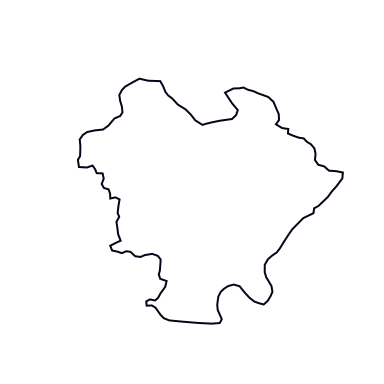 the district of Adolfo, São Paulo, Brazil, rotated 303°
{"feature_id": "56859067B34209687665610", "entity_name": "Adolfo", "entity_type": "district", "adm_level": 2, "iso_a3": "BRA", "parent_name": "Brazil", "parent_adm1": "São Paulo", "projection": "orthographic", "projection_center": [-49.657, -21.281], "detail": "fine", "context": "isolated", "style": "outline", "palette": "ink", "viewbox_px": 384, "rotation_deg": 303, "n_neighbors": 0, "source": "geoboundaries", "source_scale": "gbopen_adm2", "svg_char_len": 2067}
<svg xmlns="http://www.w3.org/2000/svg" viewBox="0 0 384 384"><g transform="rotate(303 192 192)"><path d="M307.6,178.2L304.8,175.3L301.4,170.4L293.3,165.6L288.3,177.1L285.6,185.8L280.5,187.1L275.0,185.8L267.1,176.7L261.2,170.7L257.3,167.0L254.0,164.2L253.9,155.7L256.3,148.7L257.8,141.5L257.6,132.6L259.7,124.3L260.0,119.5L261.4,115.3L264.9,110.3L267.7,105.0L265.2,100.9L261.4,94.5L258.4,86.2L252.4,82.9L248.6,80.9L244.1,78.6L239.4,77.7L233.8,78.2L229.4,82.0L225.5,86.6L221.0,90.3L216.7,90.4L211.4,86.9L202.0,85.7L196.0,83.4L190.6,76.8L185.3,71.5L180.5,69.4L174.9,69.2L170.1,73.1L164.5,76.6L161.1,78.6L156.8,78.8L151.4,83.6L155.3,90.5L160.0,94.2L158.3,98.4L155.9,101.8L158.9,106.9L155.1,110.7L149.5,111.9L147.4,116.0L148.8,120.6L145.9,124.3L142.0,127.0L145.8,130.7L146.3,135.3L139.8,138.1L133.9,141.1L131.5,144.5L125.8,144.9L121.3,148.9L116.4,153.0L112.3,158.7L108.5,156.2L102.4,152.7L99.4,156.9L101.3,161.7L102.5,166.5L106.5,169.1L108.3,173.0L107.2,179.4L109.5,184.2L113.4,186.8L118.5,192.4L119.8,198.2L118.3,202.5L114.2,204.8L108.7,207.8L104.8,209.0L101.9,212.6L103.5,219.2L97.8,221.2L90.1,220.8L84.7,221.2L80.9,220.1L79.0,215.2L75.3,213.2L72.0,215.9L75.0,220.2L75.1,224.4L71.9,232.4L70.8,237.0L71.9,242.8L78.1,254.7L85.6,268.6L92.3,280.2L97.2,286.6L101.5,286.3L107.1,277.8L111.1,274.6L118.7,271.0L124.1,270.5L128.4,271.6L132.7,273.5L137.1,277.4L138.9,283.2L136.1,291.9L134.6,298.0L134.1,304.0L135.1,308.4L136.7,313.4L142.1,314.8L147.4,314.6L152.0,313.9L156.4,309.9L161.0,300.6L164.3,296.7L170.5,292.7L177.0,292.3L182.5,293.9L187.5,296.0L192.3,296.4L201.0,296.2L208.8,296.2L215.4,296.4L230.6,299.5L240.4,305.4L244.9,303.3L249.0,305.6L261.6,308.6L268.7,309.0L275.2,310.0L285.3,310.7L290.5,307.9L287.9,301.4L284.5,295.3L285.5,288.9L283.6,283.1L285.8,277.7L291.2,274.9L295.2,271.0L296.8,265.8L296.7,260.9L297.8,256.5L295.8,252.2L294.3,246.2L293.3,240.6L297.3,238.4L294.7,232.8L294.5,225.5L299.7,225.8L304.6,222.3L308.2,216.8L312.0,211.3L313.2,204.2L311.9,198.4L310.8,194.0L310.1,189.0L308.2,183.1L307.6,178.2Z" fill="none" stroke="#020617" stroke-width="2"/></g></svg>